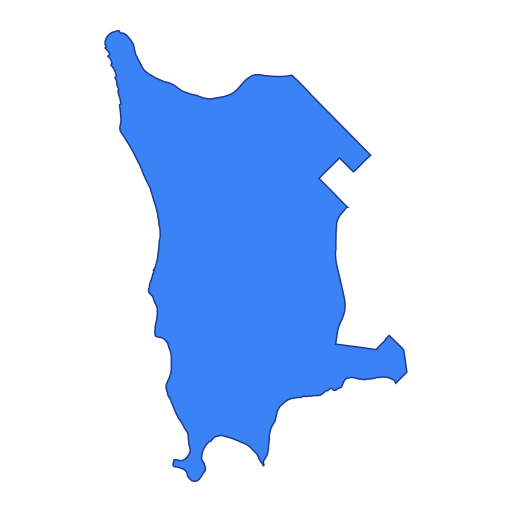 the district of South Perth, Western Australia, Australia
{"feature_id": "25037944B33468423524116", "entity_name": "South Perth", "entity_type": "district", "adm_level": 2, "iso_a3": "AUS", "parent_name": "Australia", "parent_adm1": "Western Australia", "projection": "albers", "projection_center": [115.863, -31.999], "detail": "fine", "context": "isolated", "style": "filled", "palette": "blue", "viewbox_px": 512, "rotation_deg": 0, "n_neighbors": 0, "source": "geoboundaries", "source_scale": "gbopen_adm2", "svg_char_len": 5989}
<svg xmlns="http://www.w3.org/2000/svg" viewBox="0 0 512 512"><path d="M401.9,347.9L389.9,336.1L389.1,335.5L385.5,339.1L385.4,340.2L385.2,340.3L378.0,347.5L376.2,349.6L359.4,347.2L335.7,344.1L337.0,334.7L337.8,330.3L338.5,327.7L339.4,325.1L340.3,322.9L342.8,317.2L344.1,313.4L344.6,311.3L345.0,307.9L345.0,305.4L345.0,303.5L344.6,299.7L344.2,297.6L339.6,276.9L339.0,274.9L336.9,265.8L336.1,261.7L335.7,257.8L335.5,255.6L335.4,251.3L335.9,250.1L335.9,242.0L336.0,233.6L336.7,222.5L337.6,219.8L338.8,217.2L340.3,214.9L343.4,211.2L344.5,210.0L344.6,209.6L345.0,209.1L347.0,207.2L347.5,207.2L346.5,206.3L340.1,199.9L332.6,192.0L319.0,178.4L323.8,173.5L339.6,158.0L353.1,171.6L353.7,171.7L354.2,171.4L366.2,159.3L370.6,155.2L370.1,154.7L312.2,95.9L310.8,94.5L308.4,91.7L300.1,83.1L296.6,79.6L296.3,79.7L291.8,75.2L287.0,76.1L283.6,76.4L282.8,76.4L279.5,76.6L270.5,76.2L264.0,75.5L260.3,74.8L255.5,74.7L251.3,76.0L247.6,78.5L244.8,80.8L236.9,89.9L235.8,90.7L234.9,91.6L233.8,92.4L232.2,93.4L231.0,94.0L227.7,95.5L226.4,95.8L225.2,96.3L224.0,96.6L211.0,98.9L209.5,98.9L205.5,98.4L204.5,98.2L199.5,96.6L198.9,96.4L197.5,95.6L195.9,95.2L190.6,94.1L186.0,92.4L185.1,92.2L183.0,91.3L180.6,90.0L179.2,89.0L177.1,87.4L175.4,86.1L172.3,84.2L171.6,84.0L168.8,82.7L164.7,81.8L162.5,81.0L159.7,79.7L158.1,79.0L155.7,78.0L152.8,76.3L151.6,75.5L149.1,74.1L145.7,71.6L144.1,70.0L142.9,68.4L139.6,62.0L138.2,59.7L137.0,56.8L135.8,54.7L134.7,50.5L133.6,45.3L133.3,44.2L133.1,43.8L130.7,40.0L130.3,39.6L128.1,36.8L126.5,35.1L124.6,33.8L122.5,33.1L121.7,33.1L120.9,32.9L120.2,32.5L119.9,32.2L119.1,30.9L118.9,30.8L118.1,30.7L115.7,31.1L114.8,31.6L114.5,31.6L114.1,31.8L112.7,32.1L111.5,32.7L108.9,34.7L107.1,36.7L106.5,37.6L105.8,39.4L105.4,40.4L105.1,42.3L105.1,44.1L105.5,45.6L105.9,46.7L106.2,47.1L105.1,47.8L105.1,48.1L106.4,49.3L108.7,51.9L109.7,53.5L109.6,54.1L109.4,54.7L108.5,55.7L107.9,56.1L108.1,56.6L109.4,57.7L110.5,59.2L111.5,61.4L111.7,62.4L111.7,63.4L111.7,64.1L111.5,64.4L111.2,64.7L111.0,65.2L111.1,65.4L111.4,65.8L112.3,66.6L113.2,67.9L114.7,70.5L115.5,72.5L115.9,73.6L116.2,75.2L116.1,76.2L116.0,76.7L115.8,76.8L115.6,76.9L115.2,77.2L115.0,77.7L115.0,77.9L116.2,80.0L116.4,80.6L116.6,81.5L116.9,84.3L117.0,85.1L117.4,86.5L118.0,87.4L118.7,89.3L118.6,89.8L118.0,90.7L117.9,90.9L118.0,91.2L119.1,95.9L119.9,98.6L120.6,101.9L120.9,103.8L120.8,104.1L120.0,104.4L119.8,104.5L119.6,104.7L119.5,105.5L120.2,109.9L121.0,118.9L120.9,120.5L120.9,121.3L120.8,122.2L120.9,122.5L120.8,123.1L120.4,124.2L119.9,126.9L119.9,129.1L120.1,130.4L121.2,132.6L122.5,134.3L128.7,144.2L132.1,150.0L134.7,154.8L136.4,158.5L137.0,159.5L138.2,162.1L139.1,163.6L139.6,164.5L140.3,166.0L143.8,174.9L145.1,177.8L149.5,186.7L150.6,189.4L151.6,193.1L152.6,196.1L153.6,199.9L155.4,205.1L155.9,206.8L156.6,210.0L157.7,213.9L157.8,216.4L158.7,220.1L158.9,223.6L159.1,225.1L159.8,228.1L160.1,230.1L160.2,236.0L159.9,238.7L159.1,241.5L159.2,243.0L159.0,245.7L158.6,249.7L157.9,254.7L157.6,257.5L157.1,260.4L156.7,262.0L155.5,266.3L154.9,267.8L153.4,270.2L154.3,270.4L153.1,273.5L151.7,278.4L150.5,281.6L149.7,284.2L149.4,286.1L149.4,287.4L148.7,288.9L148.5,290.5L148.7,291.7L149.2,292.9L152.4,296.3L153.2,297.7L153.7,299.6L154.1,301.1L156.8,306.4L157.3,308.8L157.3,314.1L157.1,316.6L156.4,321.4L155.9,323.0L155.4,325.3L155.1,326.9L155.1,330.5L154.9,331.9L154.8,332.3L155.1,334.6L155.5,336.0L156.0,336.3L157.6,336.8L158.2,337.2L159.2,337.4L160.0,337.4L161.7,337.7L164.1,339.0L164.9,339.6L165.6,340.3L166.2,341.3L167.5,342.9L168.4,345.6L168.8,346.9L169.3,348.6L170.0,350.3L170.9,353.6L171.4,358.2L171.3,366.5L171.4,369.5L170.8,372.8L169.9,376.1L168.3,379.8L166.4,384.4L166.1,385.6L166.0,387.0L166.3,388.9L167.4,392.6L168.1,395.7L168.8,397.0L169.8,398.3L170.9,400.2L171.2,401.7L172.9,405.5L173.8,407.9L175.5,412.0L177.5,416.3L178.9,419.0L179.6,419.6L181.1,421.8L183.3,425.7L184.6,428.2L186.5,430.9L187.7,433.1L188.3,436.1L188.3,438.3L188.8,442.8L188.8,444.1L190.1,448.8L190.3,450.5L189.9,452.1L189.6,453.0L188.0,455.9L186.5,457.7L184.4,459.6L182.2,460.5L180.4,460.6L178.8,460.4L176.4,459.7L174.9,459.8L174.0,460.0L173.6,461.0L173.5,462.1L173.0,464.4L173.2,465.4L173.6,466.1L174.6,466.7L175.8,466.8L178.5,467.3L183.7,469.3L184.5,469.7L186.9,472.5L187.1,473.8L187.8,476.3L188.5,477.4L190.3,479.4L191.6,480.6L193.9,481.3L195.6,481.1L196.8,480.9L197.9,480.3L199.2,479.2L200.6,477.5L202.0,475.2L202.9,473.7L205.0,470.9L205.4,469.6L205.4,467.8L204.7,465.4L204.0,463.4L202.8,461.3L201.7,459.7L201.6,457.8L201.9,454.7L202.4,452.3L203.4,449.5L204.5,447.4L206.0,445.0L207.4,443.4L208.8,442.0L210.4,441.3L211.5,440.4L212.8,438.7L214.0,437.5L215.7,436.7L218.2,436.0L220.2,435.5L222.5,435.6L227.8,437.1L232.1,438.4L234.0,439.2L237.0,440.3L238.2,440.9L245.8,444.1L248.6,445.8L250.8,447.8L254.6,451.8L256.4,453.5L257.7,455.5L259.5,459.7L260.4,461.3L262.3,463.5L262.9,465.2L263.4,465.7L263.9,465.3L263.8,464.1L263.5,463.4L263.3,462.3L263.9,460.4L266.2,456.9L267.3,454.7L267.8,452.1L268.4,449.2L268.6,444.8L269.2,440.6L269.4,438.4L269.2,436.9L269.4,434.5L270.7,429.0L272.2,425.7L273.5,423.5L274.6,422.0L275.4,419.7L275.9,416.9L277.2,411.8L278.1,409.5L279.5,407.0L281.0,405.5L284.2,402.5L288.1,399.8L291.0,398.6L296.4,397.7L297.4,397.4L299.1,397.5L301.0,397.4L303.1,396.4L303.7,396.3L304.4,396.3L305.8,396.5L306.5,396.5L308.5,396.1L310.6,396.1L314.8,395.5L317.9,395.5L319.5,395.3L320.5,395.0L323.6,392.9L325.5,391.0L326.4,390.7L327.5,390.7L328.2,390.4L328.8,389.6L329.9,388.7L331.1,388.3L331.6,388.3L332.1,388.7L332.4,389.1L333.7,390.3L334.3,390.4L334.9,390.3L335.5,390.2L336.5,389.8L337.2,388.8L338.2,388.3L340.8,387.5L341.5,387.0L341.9,386.4L343.4,382.3L344.5,380.5L345.4,379.3L346.0,378.7L346.4,378.5L350.6,377.4L351.9,377.4L355.9,378.1L357.1,378.4L358.0,378.8L359.2,379.2L360.4,379.1L363.0,379.4L365.0,379.7L365.8,379.4L368.1,378.9L370.5,379.0L377.5,377.5L383.7,377.0L387.6,377.3L392.3,379.3L394.0,380.3L394.6,381.0L394.9,381.5L395.7,383.3L406.9,372.1L403.9,351.0L403.7,350.0L401.9,347.9Z" fill="#3b82f6" stroke="#1e3a8a" stroke-width="1.5"/></svg>